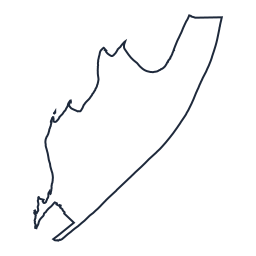 Santa Vitória do Palmar, Rio Grande do Sul, Brazil
{"feature_id": "56859067B53044633061620", "entity_name": "Santa Vitória do Palmar", "entity_type": "district", "adm_level": 2, "iso_a3": "BRA", "parent_name": "Brazil", "parent_adm1": "Rio Grande do Sul", "projection": "robinson", "projection_center": [-53.104, -33.192], "detail": "fine", "context": "isolated", "style": "outline", "palette": "slate", "viewbox_px": 256, "rotation_deg": 0, "n_neighbors": 0, "source": "geoboundaries", "source_scale": "gbopen_adm2", "svg_char_len": 5626}
<svg xmlns="http://www.w3.org/2000/svg" viewBox="0 0 256 256"><path d="M53.3,239.1L53.9,239.5L54.5,240.1L55.2,240.3L56.6,240.4L57.3,240.2L57.9,240.6L58.5,240.6L59.5,239.7L60.6,239.9L61.4,239.4L62.1,239.1L62.7,238.6L63.2,238.1L63.9,237.6L66.6,235.2L68.5,233.6L69.5,232.9L70.1,232.4L70.8,231.9L71.9,230.9L74.7,228.6L78.3,226.0L79.2,225.1L79.9,224.6L80.3,224.2L81.8,222.9L84.5,220.7L89.7,215.6L90.2,215.2L91.9,213.9L93.0,213.1L94.8,211.4L95.3,210.9L97.1,209.3L97.6,208.9L98.1,208.4L99.2,207.3L100.2,206.3L101.4,205.0L104.4,201.9L105.0,201.3L105.7,200.6L106.0,200.2L108.7,197.6L116.3,190.6L116.7,190.0L120.0,186.9L127.4,179.9L128.4,178.9L130.5,177.0L131.2,176.3L131.8,175.7L133.3,174.3L135.3,172.3L141.4,166.7L145.0,163.2L148.9,159.2L156.4,152.4L157.0,151.7L158.0,150.8L160.0,148.9L162.3,146.4L165.9,142.3L169.5,137.9L173.1,133.3L176.1,129.1L176.6,128.4L177.4,127.3L177.7,126.8L180.0,123.5L180.9,122.0L183.7,117.9L185.3,115.5L186.1,114.2L186.7,112.9L188.2,110.4L191.7,103.3L192.3,101.9L193.4,99.5L196.1,92.8L196.9,91.1L197.4,89.9L198.2,88.3L199.7,84.6L200.4,83.2L201.0,81.7L201.6,80.6L202.8,77.9L206.1,71.6L207.2,69.0L208.8,65.6L210.8,60.6L211.7,58.0L212.2,56.2L214.0,50.8L215.3,46.6L215.6,45.6L216.4,42.7L217.1,39.8L217.9,36.0L219.3,29.1L219.5,27.7L219.9,26.2L220.0,25.3L220.2,24.4L220.6,22.5L221.2,20.1L221.3,19.4L221.8,17.3L195.2,17.7L194.2,17.3L191.3,16.5L190.9,15.9L189.2,15.4L188.3,17.6L187.3,19.7L186.2,21.4L184.3,25.4L184.0,26.2L183.7,26.7L182.6,29.3L182.0,30.9L181.6,31.8L181.3,32.5L181.1,33.0L180.6,33.9L178.6,38.2L178.2,38.9L177.7,40.0L177.3,40.8L176.4,43.0L176.0,44.0L175.1,46.2L173.8,49.6L174.0,50.2L173.5,50.5L173.3,51.3L172.5,53.0L172.3,53.8L171.9,54.7L171.3,56.0L170.7,56.7L170.6,57.4L170.2,57.8L170.2,58.6L169.5,59.1L169.2,59.6L168.6,60.1L168.4,60.7L168.0,61.1L168.0,61.8L167.7,62.3L167.2,62.4L166.8,63.3L166.4,64.2L166.0,64.8L165.6,65.4L164.9,66.5L164.4,66.9L163.4,67.9L162.9,68.2L162.3,68.7L161.2,69.0L160.5,69.7L159.8,70.0L159.2,70.2L158.5,70.7L157.1,71.4L154.9,71.8L154.4,71.8L153.0,72.2L151.4,72.0L150.5,72.0L147.1,71.2L145.6,70.6L144.4,70.0L142.6,68.8L140.2,66.7L139.0,65.4L137.7,63.8L137.0,63.0L135.6,61.9L133.4,60.1L130.9,57.6L128.5,54.6L127.1,52.6L125.3,50.0L124.9,49.4L124.4,48.6L124.1,47.8L124.0,46.4L124.0,45.6L124.1,44.8L124.3,43.9L125.0,42.0L125.2,41.4L124.5,41.9L122.2,44.4L121.7,45.1L121.3,45.5L120.5,46.7L120.2,47.1L119.4,47.7L118.8,48.3L118.2,48.9L117.7,49.3L117.5,49.9L116.7,51.3L115.6,53.0L115.1,53.6L114.3,54.3L113.8,55.0L113.2,55.4L112.6,55.9L111.9,56.0L111.4,56.0L110.2,55.4L109.1,54.7L107.5,53.5L106.1,51.8L106.2,51.1L105.4,50.5L106.0,50.3L104.7,48.9L104.2,48.2L103.7,47.8L102.7,48.5L101.7,49.6L101.2,50.0L100.8,50.5L100.2,51.6L99.9,52.6L99.4,55.3L99.0,56.4L98.6,58.5L98.3,59.6L98.1,61.0L98.2,61.6L98.0,62.2L97.9,63.8L98.1,65.1L98.0,65.9L97.8,66.6L97.9,67.6L97.8,68.3L97.8,69.5L97.7,70.1L97.8,71.4L97.8,72.0L97.8,72.9L97.8,73.6L98.0,75.4L98.4,78.1L98.5,79.6L98.4,80.2L98.2,81.2L98.1,81.9L97.5,84.4L97.1,85.1L97.0,85.9L96.8,86.5L96.1,88.0L95.6,88.6L95.4,89.3L95.1,90.2L94.6,90.8L93.1,93.3L92.7,93.7L92.3,94.1L92.0,95.0L91.6,95.6L91.1,96.2L89.6,98.4L88.8,99.3L87.9,100.2L87.4,100.7L86.1,102.0L85.4,102.9L84.9,103.4L84.6,103.9L84.4,104.4L83.8,104.9L82.5,108.0L80.8,110.8L80.1,111.3L78.4,111.2L77.8,111.4L75.9,110.5L74.0,109.7L71.7,108.6L70.8,107.9L69.4,106.1L69.1,105.3L69.2,104.1L69.4,103.1L69.9,102.4L70.8,102.5L70.9,101.5L70.7,100.5L70.1,100.7L69.8,101.3L69.4,101.7L68.4,103.3L68.0,104.3L67.8,105.6L67.0,107.2L66.3,108.3L65.3,110.4L64.2,111.4L62.4,114.1L61.7,114.8L60.6,115.8L60.0,116.6L59.3,117.2L59.2,117.8L58.1,119.6L57.4,120.2L56.6,121.2L55.7,121.8L55.1,121.9L54.2,121.8L53.5,121.2L53.5,120.0L53.6,118.9L53.3,117.6L53.2,116.4L52.8,117.5L52.3,117.8L51.4,120.2L50.9,121.3L50.9,122.0L51.5,122.2L51.3,123.1L51.0,124.2L50.6,126.3L50.3,126.8L50.1,127.3L49.9,128.2L49.4,129.2L49.1,130.9L48.2,134.0L47.5,135.4L47.2,136.1L46.6,136.9L46.3,137.7L45.7,139.3L45.5,140.6L45.4,141.6L45.4,142.5L45.7,144.4L45.7,145.9L46.2,147.9L46.4,148.4L46.6,149.2L47.3,151.9L47.5,152.6L47.7,153.4L48.2,156.1L48.5,157.9L48.8,159.8L49.5,162.2L50.0,163.7L50.3,166.1L50.5,167.0L51.0,168.8L51.2,169.5L51.6,170.9L52.3,173.0L52.7,175.4L52.9,177.7L52.7,179.5L52.7,180.6L52.5,181.4L52.5,182.1L52.3,182.7L52.1,183.4L51.8,184.0L51.8,185.1L51.5,185.9L51.6,187.7L51.5,189.0L51.2,189.6L51.3,190.4L50.8,192.3L50.8,193.2L50.4,193.9L49.7,193.4L49.4,192.6L49.3,191.8L48.5,193.1L48.3,194.2L48.4,195.4L48.3,196.5L48.1,197.3L47.8,198.0L47.3,198.5L47.0,199.3L46.8,200.0L46.3,200.9L46.1,201.8L45.8,202.2L44.8,202.9L44.0,203.0L43.5,202.7L42.7,201.3L43.2,200.8L43.0,200.2L43.4,199.7L40.3,198.9L39.4,198.4L39.0,197.9L38.9,197.1L39.0,196.5L38.3,197.5L38.2,198.2L38.4,198.9L37.8,200.8L38.0,201.7L38.4,203.6L38.4,204.9L37.8,206.5L37.7,207.2L38.0,208.4L38.2,209.9L38.2,210.6L37.7,211.4L37.3,212.0L36.6,213.4L35.7,213.7L35.2,213.0L35.4,211.3L35.0,210.5L34.4,210.9L34.8,211.8L34.7,212.5L34.2,212.9L34.5,213.6L34.9,214.0L35.3,214.5L35.5,215.1L35.8,215.5L35.4,217.0L35.5,217.6L35.4,218.3L35.1,218.8L34.9,219.7L34.6,220.3L34.7,220.9L35.0,221.6L34.8,222.2L35.0,223.6L35.5,224.2L35.6,224.9L36.0,225.3L35.3,226.0L35.2,226.6L35.2,227.9L36.4,228.2L36.6,227.5L37.1,226.4L37.6,225.6L38.2,224.4L38.4,223.8L38.7,222.3L39.5,220.3L40.6,218.7L41.7,217.5L43.2,216.0L43.7,215.2L44.0,213.7L44.6,212.9L45.8,212.1L46.8,210.5L48.1,209.1L48.5,208.6L50.8,206.7L51.9,205.6L54.0,203.1L54.8,202.4L56.9,203.4L56.5,204.4L59.3,205.9L59.7,205.1L60.7,205.5L60.2,207.5L62.4,209.2L62.8,210.5L64.6,212.3L64.2,213.5L73.9,222.7L58.2,235.4L53.3,239.1ZM54.6,113.1L55.2,112.7L55.2,111.5L54.6,112.5L54.1,112.9L53.9,114.1L54.6,113.1Z" fill="none" stroke="#1e293b" stroke-width="2"/></svg>